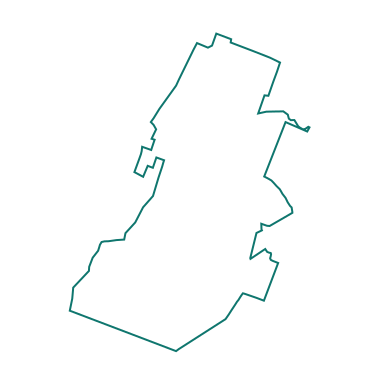 San Juan Chilateca, Oaxaca, Mexico (orthographic projection), rotated 95°
{"feature_id": "50627088B51184351888865", "entity_name": "San Juan Chilateca", "entity_type": "district", "adm_level": 2, "iso_a3": "MEX", "parent_name": "Mexico", "parent_adm1": "Oaxaca", "projection": "orthographic", "projection_center": [-96.673, 16.828], "detail": "fine", "context": "isolated", "style": "outline", "palette": "teal", "viewbox_px": 384, "rotation_deg": 95, "n_neighbors": 0, "source": "geoboundaries", "source_scale": "gbopen_adm2", "svg_char_len": 1873}
<svg xmlns="http://www.w3.org/2000/svg" viewBox="0 0 384 384"><g transform="rotate(95 192 192)"><path d="M121.7,82.5L117.4,80.6L116.9,81.8L119.3,84.7L119.9,87.0L118.3,90.4L117.2,92.0L111.4,96.3L111.8,99.8L110.5,101.9L106.6,103.3L103.7,108.1L104.1,111.7L104.4,114.7L105.5,124.9L108.0,132.9L89.4,128.2L89.5,124.3L74.9,120.6L64.7,117.8L55.4,115.6L51.4,126.0L46.0,144.3L39.7,166.5L36.4,166.3L32.1,181.6L44.4,184.8L46.8,188.7L43.2,200.0L50.1,202.9L81.0,214.8L87.4,217.1L112.0,231.7L121.9,236.7L125.9,239.1L128.5,236.1L132.7,233.2L142.5,236.9L143.2,233.8L150.6,235.6L153.7,236.3L151.3,245.6L155.7,245.7L158.3,246.1L158.9,246.2L164.6,247.7L177.2,251.1L181.1,242.0L169.8,238.4L171.3,233.1L160.7,230.5L162.8,222.6L165.5,223.2L169.2,223.9L180.5,226.6L199.4,230.5L211.5,239.4L227.3,245.9L238.8,254.7L245.3,255.4L246.5,263.1L248.3,270.8L248.8,274.9L249.7,277.7L252.6,279.1L255.1,279.6L258.7,280.4L266.1,285.2L275.5,287.9L279.6,287.8L297.6,302.0L308.7,302.0L320.9,303.4L351.9,194.0L349.5,191.3L315.7,147.5L311.0,144.8L306.4,142.4L300.5,139.2L297.4,137.6L296.1,136.7L295.5,136.3L293.5,135.3L293.1,135.1L292.5,134.8L290.5,133.7L288.5,132.5L288.7,131.1L288.8,130.9L289.0,129.9L291.9,118.3L294.0,110.9L292.6,110.5L255.2,100.0L253.5,105.8L252.7,107.6L251.6,108.2L251.2,108.4L249.2,108.0L247.0,107.8L245.9,108.3L245.7,110.0L245.1,111.9L242.4,114.1L253.5,127.9L252.8,128.2L227.2,124.2L225.6,121.5L224.3,119.3L224.1,119.0L223.2,119.5L217.6,120.2L219.1,114.4L219.1,114.2L219.1,113.0L219.1,111.7L204.0,90.2L203.1,90.3L198.7,91.4L197.3,93.1L194.0,95.7L189.7,98.3L185.9,101.8L183.1,103.7L181.5,104.9L178.9,108.1L175.6,111.6L173.6,113.9L172.6,116.0L172.4,116.3L172.3,116.6L172.2,117.0L172.0,117.3L171.8,117.7L171.6,118.1L171.5,118.4L171.3,119.0L171.1,119.4L171.0,119.7L170.8,120.1L170.6,120.6L170.5,120.9L170.3,121.4L114.2,104.9L121.7,82.5Z" fill="none" stroke="#0f766e" stroke-width="2"/></g></svg>